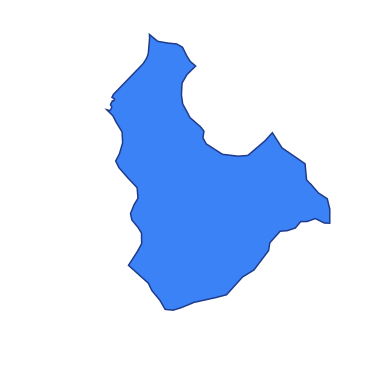 outline of Kankan, rotated 217°
{"feature_id": "GIN-5641", "entity_name": "Kankan", "entity_type": "Prefecture", "adm_level": 1, "iso_a3": "GIN", "parent_name": "Guinea", "parent_adm1": "", "projection": "robinson", "projection_center": [-8.816, 10.042], "detail": "fine", "context": "isolated", "style": "filled", "palette": "blue", "viewbox_px": 384, "rotation_deg": 217, "n_neighbors": 0, "source": "natural_earth", "source_scale": "10m", "svg_char_len": 1314}
<svg xmlns="http://www.w3.org/2000/svg" viewBox="0 0 384 384"><g transform="rotate(217 192 192)"><path d="M309.5,206.4L306.6,207.6L306.5,209.0L306.9,210.6L307.4,211.8L307.9,212.2L308.6,212.2L309.4,212.4L309.9,213.3L310.2,216.0L310.5,216.8L310.2,217.2L309.6,217.4L309.2,218.0L309.7,219.4L310.3,219.6L312.9,219.4L313.5,222.7L308.5,263.1L308.3,264.5L308.4,267.9L308.8,271.5L309.5,274.2L310.5,276.7L318.5,289.4L320.8,292.2L310.1,291.7L301.5,296.1L293.3,301.0L286.7,301.9L277.8,297.4L271.9,295.2L264.9,294.8L266.7,282.8L265.5,273.0L258.9,263.2L252.4,256.7L244.2,253.0L238.4,250.2L224.5,249.2L219.1,247.8L215.8,241.8L209.7,239.0L190.4,240.4L176.8,248.3L169.4,254.8L164.5,276.8L163.5,287.7L146.7,281.4L118.7,282.6L107.8,270.6L107.3,270.6L103.3,269.8L102.0,269.8L90.5,267.3L79.9,268.0L71.7,261.3L63.2,250.0L67.6,246.9L77.5,245.0L82.4,237.6L87.4,233.8L87.8,225.4L92.7,218.4L98.0,213.7L99.3,198.3L95.6,191.3L95.6,167.1L100.5,154.5L102.6,130.7L109.2,122.3L124.0,105.0L130.9,93.3L135.9,86.3L142.8,82.1L152.7,86.3L164.6,89.1L172.0,92.9L198.6,95.2L199.8,111.5L201.1,120.4L207.6,128.8L213.4,131.1L223.2,133.5L228.1,137.7L230.6,147.0L231.4,154.5L238.4,162.4L251.9,164.7L265.1,167.5L271.6,170.8L272.9,178.7L277.0,189.5L284.0,197.9L294.6,202.1L301.2,205.3L309.5,206.4Z" fill="#3b82f6" stroke="#1e3a8a" stroke-width="1.5"/></g></svg>